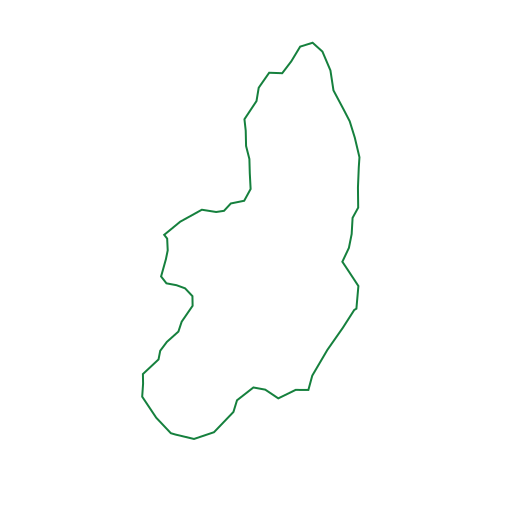 outline of Valdemarsvik, Östergötland, Sweden, rotated 52°
{"feature_id": "70781695B36298278943399", "entity_name": "Valdemarsvik", "entity_type": "district", "adm_level": 2, "iso_a3": "SWE", "parent_name": "Sweden", "parent_adm1": "Östergötland", "projection": "mercator", "projection_center": [16.563, 58.217], "detail": "fine", "context": "isolated", "style": "outline", "palette": "green", "viewbox_px": 512, "rotation_deg": 52, "n_neighbors": 0, "source": "geoboundaries", "source_scale": "gbopen_adm2", "svg_char_len": 1022}
<svg xmlns="http://www.w3.org/2000/svg" viewBox="0 0 512 512"><g transform="rotate(52 256 256)"><path d="M343.2,432.2L347.1,429.4L362.0,417.5L369.0,397.6L365.0,369.8L358.0,359.8L358.0,339.0L367.0,331.0L381.9,326.1L385.9,307.2L393.8,297.2L384.9,285.3L373.9,257.5L366.0,231.7L359.0,211.8L359.3,209.3L342.7,193.8L324.4,192.3L313.7,191.5L306.8,177.8L297.6,167.1L285.4,156.4L280.8,145.7L264.8,133.5L249.5,120.5L241.9,113.7L223.6,105.3L207.5,99.2L195.3,96.9L173.2,93.0L155.6,83.1L135.8,77.8L122.8,80.1L118.2,92.3L124.3,108.3L128.1,122.8L119.7,132.8L124.3,147.8L125.1,150.3L134.2,160.2L141.1,180.9L151.0,187.0L163.2,196.1L175.5,201.5L186.9,209.9L199.9,219.0L205.2,231.3L199.1,243.5L200.7,253.4L196.8,260.3L186.2,270.2L182.3,294.6L182.8,315.3L187.6,315.3L197.2,322.1L203.0,328.9L213.7,343.4L222.4,343.4L230.1,336.6L237.8,331.8L248.5,330.8L256.2,336.6L262.0,355.0L267.8,363.7L268.8,379.1L271.7,389.8L277.5,396.5L279.4,417.8L287.1,423.6L296.8,432.3L322.0,434.2L343.2,432.2Z" fill="none" stroke="#15803d" stroke-width="2"/></g></svg>